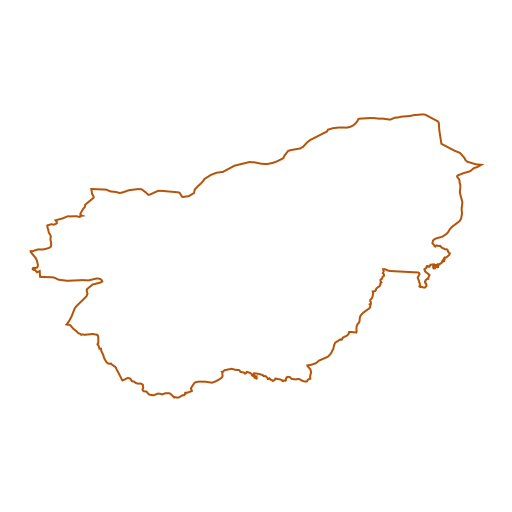 Sovata, Mures, Romania
{"feature_id": "2599482B16228815220694", "entity_name": "Sovata", "entity_type": "district", "adm_level": 2, "iso_a3": "ROU", "parent_name": "Romania", "parent_adm1": "Mures", "projection": "natural_earth1", "projection_center": [25.148, 46.633], "detail": "fine", "context": "isolated", "style": "outline", "palette": "amber", "viewbox_px": 512, "rotation_deg": 0, "n_neighbors": 0, "source": "geoboundaries", "source_scale": "gbopen_adm2", "svg_char_len": 6022}
<svg xmlns="http://www.w3.org/2000/svg" viewBox="0 0 512 512"><path d="M174.1,397.5L174.6,397.1L177.3,397.6L179.0,397.4L182.6,395.2L183.9,395.3L185.5,393.8L185.1,393.0L185.3,392.7L187.3,392.7L191.7,391.1L191.9,391.0L191.7,390.2L190.8,388.4L194.3,383.1L195.6,382.2L199.0,381.6L205.2,381.7L212.0,382.7L215.4,381.5L219.9,379.0L221.4,377.9L222.3,376.8L222.6,375.7L222.3,373.9L222.5,372.6L222.0,371.8L223.2,371.5L224.5,370.2L231.6,368.8L235.3,369.8L239.1,370.1L239.6,370.5L240.5,371.9L243.8,372.5L244.9,373.6L245.5,373.5L246.3,372.8L246.5,372.1L247.0,371.8L250.3,373.0L251.4,373.8L251.7,374.8L252.3,375.6L254.4,376.9L254.9,377.8L255.3,377.7L256.4,378.6L256.8,378.3L256.3,377.3L256.5,376.4L255.3,376.6L253.6,374.1L253.8,373.4L254.7,373.3L259.4,374.0L263.3,375.4L263.6,376.2L265.6,376.1L267.5,378.0L267.9,379.0L268.6,379.0L269.5,378.3L270.7,379.7L271.9,380.1L272.9,381.0L275.4,379.4L275.5,379.1L275.4,378.6L275.6,378.5L280.7,379.6L281.9,380.1L282.4,381.0L283.2,381.2L283.9,380.5L285.6,380.7L285.9,380.4L285.9,378.9L286.5,378.2L286.4,377.9L286.6,377.4L288.0,376.8L290.0,377.2L291.3,378.6L292.1,379.0L295.9,379.4L298.2,378.9L300.1,379.4L301.2,380.3L303.1,381.1L305.4,381.6L306.9,381.4L307.6,380.1L309.0,379.0L310.3,378.7L310.1,376.2L311.1,372.2L310.4,369.4L307.3,365.7L307.3,365.4L310.9,364.9L315.9,363.2L319.2,360.5L327.5,356.9L328.5,356.2L330.8,353.7L332.5,350.4L333.2,349.1L334.1,345.3L335.1,342.8L340.3,339.4L340.9,339.8L341.9,339.6L342.0,339.0L342.7,338.2L342.8,337.6L346.6,335.8L348.0,334.7L348.8,333.6L348.7,332.5L349.1,332.0L351.4,332.0L356.2,332.5L356.6,331.3L356.4,328.4L356.6,326.5L357.7,323.9L358.9,322.8L359.5,321.4L359.9,317.2L360.8,315.3L363.2,312.7L369.3,308.3L370.3,307.0L370.2,306.1L370.5,305.1L369.8,304.3L370.9,303.7L370.8,302.0L370.2,301.1L370.3,299.9L371.2,299.1L372.3,297.4L373.2,293.5L372.7,291.5L375.1,291.1L375.9,290.1L376.3,288.5L379.7,286.0L380.5,284.4L380.3,283.6L379.6,283.3L380.3,283.3L380.6,282.8L381.4,282.5L380.5,281.1L380.5,279.7L381.1,279.2L381.7,279.1L382.5,277.1L383.2,276.3L384.0,275.8L383.9,274.4L382.8,273.1L383.7,271.4L383.1,269.2L385.0,269.2L387.8,270.5L390.0,271.0L418.4,272.5L419.3,273.2L419.5,274.3L417.7,277.5L419.1,281.3L419.4,282.8L419.9,283.9L419.8,284.9L420.1,285.5L419.5,286.5L420.4,287.1L421.9,286.8L422.9,287.4L424.9,287.6L426.5,285.9L426.3,284.2L425.5,283.5L425.5,282.5L425.0,282.2L425.1,281.2L425.5,280.9L425.9,279.9L427.5,278.7L428.3,278.8L428.3,277.7L429.5,275.0L425.2,271.5L424.4,269.2L426.5,267.7L426.7,267.3L426.5,266.5L426.7,266.2L427.8,265.9L429.0,266.9L429.5,266.7L430.4,264.7L432.1,264.7L433.1,264.3L434.1,264.4L434.2,265.9L433.3,266.3L433.1,266.8L433.3,267.9L433.6,268.4L434.9,268.4L436.0,266.5L436.8,266.5L437.4,267.2L438.1,267.1L438.3,266.0L435.9,266.0L435.6,265.7L435.8,265.0L437.1,265.0L437.6,264.2L439.8,264.2L440.1,263.7L441.4,263.1L442.0,262.3L442.1,261.4L442.8,260.4L443.2,261.5L444.2,261.2L444.6,259.5L443.8,259.2L444.4,257.7L444.9,257.4L445.9,257.7L447.0,256.9L449.4,254.7L449.4,253.9L449.8,253.4L448.1,251.7L447.7,250.2L446.8,249.3L444.9,249.3L443.8,248.5L441.9,247.8L440.1,245.8L438.3,246.0L436.8,245.4L436.0,245.7L435.4,246.6L434.6,246.3L434.1,245.0L432.4,243.2L432.9,240.8L433.7,239.8L435.6,238.6L442.3,236.7L446.4,234.0L447.7,232.7L449.9,229.2L451.8,227.0L459.6,221.1L461.0,218.8L462.0,213.9L461.6,208.9L462.4,202.3L460.1,193.6L459.9,191.7L460.3,187.7L460.3,184.9L459.6,182.7L459.5,180.5L459.0,179.3L457.1,176.7L457.1,176.2L457.8,175.4L463.4,173.2L469.6,171.4L470.7,170.8L473.8,168.1L477.0,167.2L481.3,164.8L475.9,164.3L467.2,161.7L465.2,159.7L464.5,158.0L460.0,152.9L454.5,150.7L441.4,143.8L439.3,130.3L438.8,122.8L437.9,121.4L425.3,114.7L422.9,114.4L413.9,115.1L410.0,116.0L401.2,116.7L397.9,117.5L394.7,117.7L390.9,119.4L389.9,119.6L382.7,118.6L379.6,118.7L373.8,118.1L370.5,118.0L359.4,118.7L358.4,119.0L357.3,121.3L355.3,123.6L353.5,125.2L350.9,126.6L347.1,127.6L339.0,127.5L332.8,128.2L327.9,129.7L327.1,131.4L310.2,140.0L307.0,142.5L303.1,146.8L300.1,148.5L290.7,150.1L288.2,150.9L284.6,155.4L283.3,158.2L276.7,161.5L272.7,162.9L266.9,164.1L261.1,163.7L254.8,162.4L249.6,162.0L234.5,165.7L222.9,171.9L216.7,172.7L211.1,174.8L204.4,179.0L203.2,181.0L201.0,183.5L199.4,184.7L194.8,189.4L194.0,193.0L188.9,196.1L183.0,197.0L182.0,196.7L179.7,192.9L178.8,192.4L162.4,190.9L158.0,190.9L149.8,194.6L148.3,194.8L145.4,192.1L141.5,189.2L137.8,189.1L129.0,190.2L122.4,192.5L119.5,193.0L116.1,192.0L110.4,191.4L106.1,189.6L91.3,189.0L92.0,193.3L92.3,194.4L93.3,195.8L93.7,197.2L93.6,197.8L85.2,204.7L84.8,207.0L83.3,208.7L80.4,213.6L80.4,215.0L82.2,215.7L81.0,215.9L79.7,217.0L76.4,216.2L70.3,216.4L67.6,216.3L62.7,218.4L55.5,220.3L56.8,222.0L57.0,222.9L55.7,224.0L53.6,224.7L51.5,224.2L47.3,225.4L47.5,227.5L48.0,228.9L48.8,232.5L50.5,235.3L50.8,236.7L50.4,239.5L51.1,242.7L51.2,245.3L50.7,246.8L49.1,247.9L46.1,248.8L42.8,249.5L38.0,249.4L32.2,251.3L30.7,251.1L30.7,252.0L35.8,258.2L36.9,260.7L37.9,264.9L37.8,266.3L37.0,267.6L35.6,267.9L33.2,267.9L32.9,268.3L32.7,269.2L33.6,269.9L34.9,269.9L37.1,272.3L39.7,271.0L40.1,276.9L53.0,277.3L54.9,277.9L58.6,279.7L67.2,280.8L82.2,280.1L88.3,280.4L96.7,278.5L98.5,278.5L100.7,279.2L101.8,280.4L102.3,281.5L100.4,282.6L92.6,284.5L86.8,289.3L86.7,290.5L87.5,293.8L86.4,296.4L76.0,306.6L74.7,308.4L71.3,317.1L68.7,321.6L66.5,324.5L69.4,324.9L70.6,325.5L73.2,328.7L77.0,331.7L78.2,333.1L80.3,334.0L81.2,334.8L82.7,334.4L84.2,334.8L92.8,334.0L97.3,334.8L97.5,335.5L98.0,335.8L98.3,337.4L98.3,343.0L97.6,343.8L97.5,344.5L98.0,344.8L98.7,346.1L99.4,348.7L101.0,348.7L101.4,351.2L103.3,355.1L104.1,358.1L106.3,361.9L108.0,363.5L108.8,363.7L110.8,363.5L110.9,363.9L115.2,366.8L116.0,367.8L116.7,369.7L118.0,371.9L122.3,380.4L125.0,379.4L127.1,378.1L128.1,378.0L130.2,378.6L130.6,378.9L131.7,381.1L134.0,381.6L135.9,383.1L138.4,383.7L140.0,383.5L141.4,383.8L142.8,384.7L143.2,387.6L142.5,389.6L143.1,390.7L143.7,391.3L146.4,391.5L148.3,393.8L149.6,394.7L153.5,395.3L157.9,393.6L160.3,393.8L162.2,394.4L165.1,393.3L168.8,393.2L170.1,393.6L171.4,394.6L174.1,397.5Z" fill="none" stroke="#b45309" stroke-width="2"/></svg>